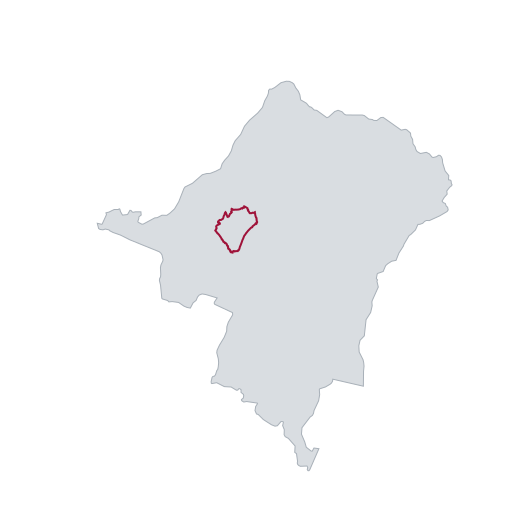 Oshwe, Bandundu, Democratic Republic of the Congo (highlighted), rotated 23°
{"feature_id": "63176286B4112889633509", "entity_name": "Oshwe", "entity_type": "district", "adm_level": 2, "iso_a3": "COD", "parent_name": "Democratic Republic of the Congo", "parent_adm1": "Bandundu", "projection": "robinson", "projection_center": [19.895, -3.147], "detail": "fine", "context": "in_parent", "style": "outline", "palette": "rose", "viewbox_px": 512, "rotation_deg": 23, "n_neighbors": 0, "source": "geoboundaries", "source_scale": "gbopen_adm2", "svg_char_len": 8523}
<svg xmlns="http://www.w3.org/2000/svg" viewBox="0 0 512 512"><g transform="rotate(23 256 256)"><path d="M405.7,333.9L374.8,339.4L375.4,341.4L375.1,343.5L374.3,345.1L371.1,349.4L366.5,353.4L366.5,354.3L368.8,358.8L370.2,364.8L369.8,375.5L370.4,378.4L370.2,380.7L368.7,383.2L365.4,396.1L367.5,402.3L373.5,408.1L377.0,412.4L383.0,414.0L384.0,413.7L384.4,410.1L389.2,408.8L389.0,431.7L388.6,433.0L387.7,433.3L386.6,432.5L386.2,430.4L385.0,429.4L379.1,432.2L377.6,432.2L376.0,431.7L374.9,430.5L374.5,428.8L370.5,422.1L368.4,421.6L366.2,415.6L357.0,411.2L353.5,410.9L351.7,409.5L349.9,404.8L346.8,401.7L346.2,398.4L345.6,397.9L343.7,398.6L342.0,403.9L340.0,405.2L336.2,405.3L326.7,403.7L320.0,401.0L318.2,401.2L315.5,398.7L314.5,394.6L315.1,391.4L314.6,390.9L304.3,393.6L301.8,395.2L299.4,394.8L298.7,393.9L299.8,391.7L299.3,389.4L298.5,388.3L295.5,387.4L294.5,384.9L292.7,384.5L292.0,384.9L291.6,386.6L290.4,387.2L284.3,386.3L277.9,388.6L269.3,388.0L265.2,390.7L264.6,390.6L263.8,389.2L263.0,384.9L263.4,383.7L264.7,382.8L265.1,381.1L264.7,376.6L265.1,375.5L264.6,372.9L263.3,368.8L261.5,365.4L257.7,360.4L257.0,358.0L257.2,352.3L258.5,343.3L258.4,336.7L256.8,332.4L256.4,327.7L257.5,319.3L256.5,317.3L236.9,316.6L236.1,316.0L235.7,314.8L236.6,309.8L224.7,311.1L221.2,312.0L219.0,314.1L218.2,316.6L218.2,320.3L216.4,323.7L215.9,329.6L212.6,330.3L209.3,330.3L202.9,329.0L196.7,330.7L193.7,332.3L192.1,331.5L186.6,332.1L185.8,331.7L179.5,320.1L176.6,316.2L176.1,314.3L176.3,312.5L175.5,310.1L172.6,304.1L172.0,301.4L172.2,297.0L171.8,295.6L169.1,291.8L167.4,290.6L165.4,289.9L133.5,290.4L123.0,289.7L115.3,290.2L111.4,289.9L110.3,289.4L106.7,290.1L104.9,291.7L102.1,292.5L100.4,292.2L97.1,287.9L101.6,287.1L101.9,286.7L102.2,276.4L101.0,274.9L103.4,273.1L107.3,268.6L111.1,267.0L111.6,266.0L112.4,266.1L113.8,268.0L117.1,270.5L121.1,268.3L121.6,267.7L122.1,263.2L123.1,262.9L124.8,263.8L125.8,263.8L127.6,262.5L132.8,260.3L134.3,263.2L132.9,265.7L133.5,267.5L133.7,270.4L134.5,271.0L138.6,271.3L139.8,270.6L147.9,260.5L150.1,259.3L153.5,255.2L158.0,253.4L160.0,250.2L162.6,244.5L163.7,236.3L163.3,222.1L163.7,220.2L169.1,213.9L174.8,202.2L178.6,199.2L181.4,198.0L185.8,193.7L189.3,189.5L188.8,184.3L189.7,180.1L191.6,174.7L192.2,168.9L191.5,162.9L191.8,158.0L194.4,150.1L194.7,141.0L197.0,133.5L201.7,123.8L203.9,116.7L203.4,109.6L204.0,104.4L203.8,101.3L202.9,98.6L203.4,97.0L205.2,96.3L207.4,93.6L211.3,86.7L215.6,83.3L218.5,82.2L221.6,82.3L223.6,82.9L226.9,85.7L230.6,87.8L233.4,90.5L236.1,94.8L242.8,95.7L245.6,97.2L247.3,97.8L248.0,97.4L249.3,97.6L252.5,98.9L255.0,98.2L267.2,101.0L268.6,99.6L272.0,92.3L274.6,89.8L278.8,89.6L282.1,91.0L283.8,91.0L298.8,84.7L300.8,84.4L306.3,85.9L309.8,84.9L311.3,85.2L314.3,84.1L316.8,79.8L318.9,78.7L340.5,83.4L343.8,81.1L345.4,80.9L350.2,82.5L351.7,85.2L354.6,87.5L356.6,91.3L359.9,93.4L361.5,95.5L363.4,96.9L367.3,97.4L372.3,94.0L375.8,94.3L379.4,96.2L380.6,96.1L383.3,94.1L384.7,91.9L386.1,91.5L388.1,92.4L389.9,94.4L391.4,97.3L396.8,103.8L402.0,106.6L403.4,110.6L405.2,110.2L406.2,110.6L407.6,113.1L408.5,113.6L408.7,114.7L407.4,117.1L406.2,121.6L407.8,124.4L406.4,128.5L405.8,132.7L407.5,133.7L409.7,133.7L411.7,135.8L413.3,136.2L414.9,138.5L414.5,140.4L409.4,147.3L401.7,155.7L399.0,156.7L397.7,158.2L396.7,160.7L394.5,162.8L392.7,163.6L392.6,169.7L390.0,175.9L389.0,177.2L387.6,187.4L387.8,189.2L386.4,197.5L386.6,205.3L382.9,207.8L380.3,211.6L379.1,214.2L379.1,220.6L374.9,224.4L374.6,225.3L375.6,229.8L377.2,230.5L377.2,232.0L380.7,236.8L380.4,251.5L380.6,253.0L382.4,256.5L383.6,263.2L382.2,271.6L386.9,287.2L384.7,292.9L385.7,298.4L388.5,304.1L395.1,309.7L396.8,312.1L398.5,315.2L400.0,320.0L405.7,333.9Z" fill="#d9dde1" stroke="#a8b0b8" stroke-width="1"/><path d="M243.8,226.2L243.8,225.7L243.8,225.1L243.9,224.8L243.9,224.6L243.8,224.3L243.7,224.1L243.3,223.9L242.9,223.4L242.8,223.0L242.5,222.6L242.3,222.4L242.3,222.1L242.2,221.9L241.9,221.5L241.7,220.9L241.2,220.7L240.9,220.5L240.7,220.2L240.4,219.9L240.1,219.6L239.9,219.3L239.8,219.2L239.7,219.1L239.5,218.7L239.2,218.4L239.0,218.1L238.9,217.8L238.8,217.6L238.7,217.4L238.3,216.9L238.2,216.8L238.0,216.5L237.8,216.1L237.7,216.2L237.6,216.4L237.5,216.8L237.3,217.0L237.1,217.2L236.6,217.3L235.9,217.5L235.5,218.0L235.3,218.2L235.1,218.3L234.7,218.6L234.1,218.7L233.7,219.0L233.3,218.9L232.8,218.5L232.6,218.4L232.3,218.1L232.1,217.9L231.6,217.6L231.3,217.6L231.1,217.5L231.0,217.4L230.9,217.3L230.8,217.2L230.9,216.9L230.8,216.6L230.6,216.4L230.0,216.1L229.9,216.1L229.8,215.8L229.6,215.6L229.5,215.4L229.4,215.3L229.2,215.3L228.9,215.3L228.7,215.2L227.9,215.1L226.3,214.9L225.7,214.9L225.7,215.0L225.8,215.5L226.0,215.7L226.0,216.0L226.1,216.3L225.9,216.5L225.7,216.6L225.0,216.6L224.9,216.7L224.8,216.9L224.8,217.1L224.8,217.4L224.8,217.6L224.1,217.6L223.9,217.7L223.8,217.8L223.7,217.9L223.7,218.1L223.4,218.7L223.0,219.1L222.6,219.5L222.3,219.6L222.2,219.7L221.9,219.9L221.7,220.1L221.3,220.3L221.1,220.4L220.9,220.5L220.5,220.7L219.5,221.2L219.4,221.2L219.2,221.3L218.9,221.4L218.7,221.4L218.5,221.5L218.2,221.8L217.9,222.0L217.4,222.2L217.2,222.2L217.0,222.4L216.9,222.4L216.7,222.3L216.4,222.4L216.2,222.3L216.0,222.1L215.7,222.2L215.2,222.1L215.1,222.4L215.3,222.7L215.5,222.9L215.6,223.0L215.6,223.3L215.8,223.8L215.9,224.0L216.0,224.1L216.0,224.4L216.0,224.5L215.8,225.0L216.0,225.2L216.1,225.4L216.3,225.4L216.5,225.4L216.3,226.3L215.7,227.2L215.6,227.3L215.6,229.8L215.6,230.1L215.3,230.3L215.1,230.2L214.9,230.3L214.7,230.8L214.7,231.1L214.4,231.1L212.9,229.5L212.2,228.8L211.6,228.1L211.4,227.9L210.8,227.6L210.7,227.9L210.6,228.4L210.6,228.6L210.6,229.0L210.7,229.3L210.8,230.0L210.9,230.7L210.9,230.9L210.7,231.4L210.8,232.7L210.9,233.0L211.0,233.8L211.0,234.3L210.9,234.8L210.8,235.1L210.6,235.3L210.4,235.5L210.2,235.7L210.1,235.8L209.9,236.3L209.6,236.6L209.0,236.8L208.7,236.9L208.5,237.0L208.4,237.2L208.3,237.3L208.1,238.1L208.0,238.3L207.6,239.0L207.7,239.3L207.7,239.5L207.8,239.7L207.9,239.9L208.0,240.0L208.3,240.0L208.5,240.1L208.8,239.9L209.3,239.8L209.4,240.0L209.8,240.3L210.0,240.2L210.1,240.3L210.1,240.6L210.1,240.8L209.6,241.3L209.4,241.4L209.0,241.8L208.8,242.1L208.8,242.3L208.7,242.5L208.2,242.9L208.0,243.3L207.8,243.9L207.8,244.2L207.9,244.7L208.2,245.0L208.5,245.3L208.7,245.5L208.8,245.7L208.9,245.8L208.9,246.1L208.7,246.4L208.7,246.5L208.9,246.9L208.9,247.0L208.8,247.3L208.6,247.9L208.6,248.4L208.6,248.5L209.0,248.6L209.4,248.9L209.6,249.0L209.8,249.0L210.0,249.2L210.5,249.5L210.9,249.6L211.0,249.7L211.1,249.9L211.2,250.0L211.5,250.1L211.9,250.3L212.3,250.2L212.6,250.4L212.8,250.5L213.1,250.7L213.5,250.8L213.8,251.0L214.0,251.1L214.2,251.3L214.5,251.4L214.7,251.5L214.9,251.7L215.1,251.9L215.2,252.0L215.5,252.0L216.0,252.3L216.3,252.6L216.5,252.7L216.7,252.9L217.3,253.3L217.5,253.4L217.7,253.7L217.8,253.6L218.1,253.8L218.4,254.0L218.5,254.2L219.1,254.4L219.1,254.5L219.3,254.6L219.5,254.7L219.9,255.0L220.0,255.2L220.1,255.4L220.2,255.5L220.4,255.4L220.5,255.5L221.2,255.6L221.3,255.8L221.6,255.8L221.8,255.7L222.0,255.8L222.3,255.8L222.8,255.9L222.8,256.0L223.0,255.9L223.5,256.1L223.7,256.3L223.8,256.4L224.0,256.4L224.3,256.4L224.7,256.8L224.8,257.0L225.0,257.4L225.2,257.5L225.4,257.5L225.6,257.6L225.8,257.8L225.9,258.0L226.0,258.1L226.3,257.9L226.4,258.0L226.5,258.1L226.6,258.4L226.6,258.5L226.8,258.6L226.9,258.8L227.0,258.9L227.1,259.0L227.1,259.4L227.3,259.6L227.3,259.8L227.5,260.1L228.0,260.2L228.4,260.1L228.5,260.2L228.9,260.2L229.0,260.2L229.1,260.3L229.2,260.5L229.3,260.6L229.5,260.6L229.6,261.0L229.8,261.1L230.2,261.0L230.4,261.1L230.7,261.3L230.7,261.5L230.7,261.9L231.0,261.9L231.1,262.0L231.3,262.2L231.5,262.0L231.9,261.9L232.0,261.9L232.3,262.1L232.5,262.2L232.9,262.1L232.8,261.9L233.0,261.7L232.9,261.2L233.0,260.9L233.1,260.5L233.2,260.3L233.3,260.3L233.5,260.3L233.5,260.2L233.8,260.0L234.3,260.1L234.5,260.2L234.8,260.0L234.8,259.8L234.9,259.7L235.3,259.6L235.8,259.3L236.6,258.9L236.9,258.8L237.1,258.7L237.3,258.6L237.3,258.4L237.4,258.1L237.4,257.8L237.5,257.8L237.6,257.7L237.8,257.5L237.8,257.1L237.9,256.6L237.8,256.2L237.9,255.8L237.7,254.7L237.6,254.1L237.6,252.6L237.6,251.8L237.5,249.5L237.3,246.4L237.4,245.0L237.3,243.8L237.3,243.5L237.3,242.3L237.3,241.9L237.3,241.7L237.5,241.3L237.8,240.2L237.8,239.7L237.9,239.3L238.0,239.0L238.0,238.6L238.2,238.3L238.3,237.8L238.9,235.7L239.3,234.7L239.8,233.4L240.2,232.4L240.3,232.1L240.5,231.8L240.6,231.6L241.3,231.0L241.2,230.1L241.4,229.7L241.7,229.1L242.2,228.3L242.7,227.4L242.8,227.0L242.8,226.6L242.9,226.1L243.8,226.2Z" fill="none" stroke="#9f1239" stroke-width="2"/></g></svg>